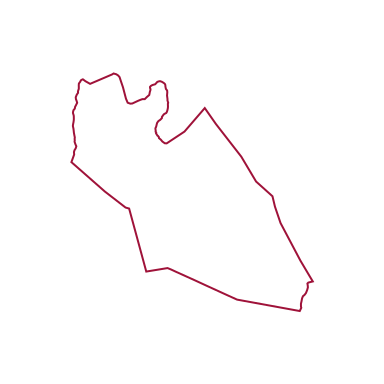 Santa Catarina Cuixtla, Oaxaca, Mexico (Equal Earth projection), rotated 112°
{"feature_id": "50627088B38419183941255", "entity_name": "Santa Catarina Cuixtla", "entity_type": "district", "adm_level": 2, "iso_a3": "MEX", "parent_name": "Mexico", "parent_adm1": "Oaxaca", "projection": "equal_earth", "projection_center": [-96.661, 16.296], "detail": "fine", "context": "isolated", "style": "outline", "palette": "rose", "viewbox_px": 384, "rotation_deg": 112, "n_neighbors": 0, "source": "geoboundaries", "source_scale": "gbopen_adm2", "svg_char_len": 2273}
<svg xmlns="http://www.w3.org/2000/svg" viewBox="0 0 384 384"><g transform="rotate(112 192 192)"><path d="M109.4,211.6L138.8,221.6L156.4,233.7L157.0,235.5L156.3,238.4L155.2,240.4L154.4,242.8L153.5,243.3L152.7,244.7L152.7,245.1L151.1,247.3L150.7,247.3L150.2,247.5L149.8,248.3L148.8,248.6L147.8,249.2L147.4,249.4L147.1,249.6L146.5,249.8L145.3,249.7L144.1,249.8L142.3,250.1L141.1,250.2L140.7,250.2L138.8,249.7L137.0,248.5L136.0,248.1L134.8,247.6L133.6,248.0L132.8,247.8L131.5,247.5L130.3,247.1L129.3,246.3L128.4,245.5L127.0,245.3L125.0,245.5L123.3,245.8L122.0,246.2L120.4,246.9L119.3,247.4L118.2,247.5L117.1,248.4L116.2,249.1L115.1,249.5L113.3,250.5L111.9,251.3L110.6,251.7L108.7,252.3L107.2,253.1L106.2,254.8L105.2,255.5L103.9,256.3L103.0,256.7L102.2,257.3L101.7,258.3L101.4,259.4L101.1,261.3L101.2,263.1L101.7,264.0L102.9,265.4L104.3,265.9L105.9,266.5L106.9,267.8L107.7,268.8L109.1,269.9L110.3,270.3L111.2,269.9L112.2,269.0L113.3,268.7L114.9,268.6L115.9,268.4L116.8,268.2L118.1,268.0L120.8,269.4L123.6,270.6L124.5,272.8L125.9,274.4L127.9,276.4L132.3,280.5L133.2,282.3L133.3,285.1L130.2,288.2L120.8,295.2L115.8,299.5L112.6,302.2L111.6,304.2L111.2,306.3L111.5,309.1L112.9,310.1L129.9,327.0L129.2,332.3L128.7,334.2L128.4,335.4L129.5,336.5L130.3,336.9L131.4,336.9L132.6,337.2L133.8,337.5L134.8,337.2L135.9,336.8L137.0,336.3L138.8,335.6L140.7,335.5L141.8,335.3L142.7,334.8L144.9,335.3L147.7,335.3L149.4,334.4L150.0,333.8L150.9,333.0L152.3,331.9L155.1,332.1L156.9,332.3L158.6,331.9L160.4,332.5L161.8,332.4L163.3,332.0L165.3,330.4L166.0,330.0L168.1,329.1L169.4,328.6L171.8,328.0L173.4,327.7L175.4,327.2L177.6,325.7L179.4,324.7L181.3,323.7L183.5,322.3L185.3,321.1L186.8,320.7L187.9,320.1L189.4,319.7L191.6,317.8L192.9,316.4L195.2,316.2L197.3,316.6L199.2,316.4L201.4,315.3L209.5,315.0L224.2,273.0L231.3,247.8L230.9,244.1L255.5,225.4L282.9,204.6L276.4,193.9L272.5,187.5L271.7,186.2L271.7,182.3L272.0,176.5L272.4,166.4L272.8,156.4L273.4,144.2L274.4,121.8L274.9,109.9L262.0,47.5L258.4,47.3L257.5,48.0L254.9,49.1L252.4,49.5L249.4,50.1L247.1,50.1L245.2,49.1L243.0,48.5L239.8,48.5L237.1,48.8L235.6,49.5L233.6,50.7L232.4,50.2L229.7,46.5L215.0,65.8L187.6,98.3L174.5,109.6L165.8,115.8L158.3,136.5L140.8,159.5L120.0,195.3L109.4,211.6Z" fill="none" stroke="#9f1239" stroke-width="2"/></g></svg>